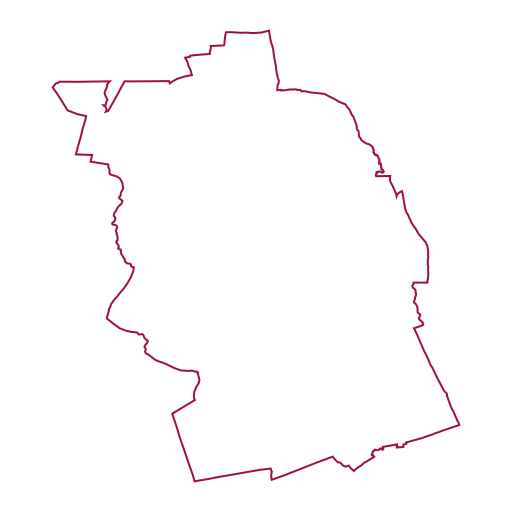 Scornicesti, Olt, Romania (Equal Earth projection)
{"feature_id": "2599482B90884905800424", "entity_name": "Scornicesti", "entity_type": "district", "adm_level": 2, "iso_a3": "ROU", "parent_name": "Romania", "parent_adm1": "Olt", "projection": "equal_earth", "projection_center": [24.55, 44.575], "detail": "fine", "context": "isolated", "style": "outline", "palette": "rose", "viewbox_px": 512, "rotation_deg": 0, "n_neighbors": 0, "source": "geoboundaries", "source_scale": "gbopen_adm2", "svg_char_len": 6011}
<svg xmlns="http://www.w3.org/2000/svg" viewBox="0 0 512 512"><path d="M271.7,479.8L284.9,475.1L317.6,462.2L332.8,456.6L334.0,458.5L337.8,462.3L339.6,462.3L341.4,463.7L343.1,465.6L345.4,466.7L348.3,465.6L348.9,465.6L350.9,468.5L353.2,470.2L353.8,471.0L358.1,467.3L361.3,465.5L362.1,464.5L362.8,464.1L364.0,462.8L365.5,462.2L374.2,456.8L373.3,455.4L372.0,455.3L371.8,454.9L371.8,454.4L372.6,453.0L372.5,452.7L372.5,452.0L373.4,450.9L374.4,450.5L374.7,449.8L375.2,449.6L376.0,450.0L377.6,450.2L378.7,450.0L379.4,449.5L379.7,448.8L380.1,448.4L381.0,448.6L381.8,449.5L382.7,449.6L383.3,449.3L383.4,449.0L382.7,447.8L382.7,447.3L382.9,446.9L396.9,444.4L396.7,446.0L397.2,446.0L396.8,447.5L403.4,447.0L403.4,444.5L406.3,443.8L406.0,442.5L421.9,438.1L428.0,435.9L432.7,434.4L434.8,433.4L438.5,432.2L443.5,430.3L459.3,425.0L458.5,422.7L457.5,421.0L453.3,411.2L452.1,409.3L450.5,405.7L447.7,397.7L447.0,396.2L446.9,395.3L447.1,394.7L447.1,394.1L446.1,392.7L444.8,391.7L443.9,390.5L437.4,378.2L432.3,367.6L430.2,364.3L428.7,360.4L426.2,354.9L424.0,350.8L417.0,334.4L414.0,328.2L421.2,325.9L423.0,325.0L423.3,324.7L422.7,323.1L422.8,322.9L422.7,322.3L422.0,321.8L420.9,320.6L420.0,320.3L418.7,318.4L418.9,317.9L419.3,317.7L419.3,317.0L420.1,315.8L420.0,315.4L420.3,314.9L419.8,314.2L417.6,312.5L417.5,307.5L416.0,304.2L414.0,302.4L414.0,302.0L414.2,300.8L415.1,298.6L414.9,297.7L415.9,295.7L416.1,293.5L415.6,292.5L415.6,290.3L415.1,289.5L413.0,287.6L412.4,286.6L412.3,285.6L412.5,285.2L413.5,284.1L413.5,282.6L427.3,282.6L427.5,280.3L428.0,278.9L428.3,272.9L428.1,269.6L428.2,266.9L427.8,264.6L428.0,264.2L427.8,263.7L427.9,263.0L427.7,261.9L428.2,257.2L428.1,255.1L428.2,251.5L427.4,246.3L425.6,242.3L418.2,233.4L416.5,230.2L414.5,227.0L414.2,227.1L411.2,222.2L408.0,214.8L406.3,212.2L405.9,210.5L405.2,208.9L402.5,193.2L402.0,191.1L399.5,192.4L398.0,193.6L397.1,195.0L396.6,196.3L396.1,193.5L394.8,191.0L392.7,186.0L390.2,181.4L389.9,178.0L390.3,176.0L376.2,176.2L376.2,175.9L375.9,175.4L376.2,175.3L376.1,174.2L376.3,173.6L376.9,173.1L376.4,172.9L376.6,172.0L377.5,172.0L378.6,171.5L380.1,171.5L381.9,172.7L382.3,172.1L383.4,172.3L383.8,171.4L383.0,170.8L382.8,170.9L382.6,170.5L382.7,169.9L382.0,169.8L381.7,169.5L381.8,169.2L381.3,168.8L381.5,167.8L381.1,167.2L381.2,166.7L380.7,165.5L381.1,164.7L380.6,163.3L379.2,163.7L378.9,162.4L379.4,161.5L379.2,161.2L379.6,161.0L379.6,160.2L379.4,159.5L378.4,157.9L378.3,157.1L378.1,157.0L377.9,156.0L377.4,155.9L377.4,155.5L376.6,155.2L376.4,154.8L375.7,155.2L374.5,154.1L374.5,153.7L374.0,153.5L374.1,152.7L373.3,152.1L373.4,151.1L373.8,150.7L373.8,150.1L373.5,149.4L373.0,148.9L373.1,147.9L372.1,146.5L369.5,144.4L365.9,143.3L364.2,142.3L363.6,141.6L361.8,140.6L361.1,139.6L359.9,137.5L359.1,136.6L358.9,135.7L358.9,134.7L358.7,132.2L358.2,130.6L357.0,129.3L356.8,128.8L356.8,126.2L354.9,120.6L352.9,115.8L351.9,115.0L349.5,109.8L347.2,107.0L345.6,104.4L339.1,101.8L333.8,98.6L329.5,96.6L324.5,93.9L311.1,92.5L304.0,91.1L301.5,91.4L301.0,90.5L300.4,89.9L299.5,89.8L297.5,90.1L296.6,89.4L289.8,89.5L281.7,90.6L281.4,90.6L281.3,89.8L277.3,90.2L277.6,84.9L278.5,83.4L278.9,80.8L277.5,76.6L277.3,74.8L277.0,74.6L276.8,73.6L276.1,68.7L275.8,65.5L274.2,57.5L273.2,49.6L272.0,44.8L271.2,43.0L269.9,36.5L269.0,30.7L261.6,32.5L253.3,33.1L245.4,32.6L241.3,32.8L231.6,32.2L226.0,32.2L225.0,37.1L224.4,43.8L224.1,45.0L223.7,45.4L210.7,46.0L210.9,47.8L209.9,52.0L209.7,54.0L202.1,54.5L190.3,55.6L190.1,55.9L190.1,56.7L185.1,57.7L187.5,62.0L188.7,66.5L189.9,68.5L190.9,71.2L191.2,73.2L191.6,73.7L191.9,75.1L185.3,76.3L177.8,78.6L175.5,79.7L172.4,81.5L169.8,83.4L169.1,81.1L130.5,81.4L124.6,81.3L120.8,88.2L118.1,93.4L108.5,110.5L108.1,111.0L105.8,111.7L106.5,110.5L106.5,109.5L105.8,107.1L104.8,106.2L103.9,105.8L103.4,105.2L105.4,105.3L106.0,103.9L106.2,102.3L107.4,99.7L105.6,96.2L104.6,93.1L105.5,90.0L106.2,89.1L106.7,87.2L107.2,86.5L107.0,85.2L107.7,83.6L109.8,81.3L76.7,81.8L59.3,81.7L58.6,82.4L57.4,83.2L56.4,83.2L55.6,83.6L52.7,87.5L57.9,94.8L67.6,110.4L77.9,114.3L86.1,116.1L85.7,118.6L83.4,126.6L83.2,126.9L80.6,137.4L78.0,146.3L75.9,154.4L92.1,155.0L90.6,161.7L108.0,164.4L108.3,164.6L108.3,167.1L109.6,170.1L109.4,172.4L109.8,173.7L110.3,174.5L116.9,176.5L119.1,177.9L120.1,178.8L122.3,182.7L123.2,187.9L122.5,189.9L120.9,192.6L120.5,195.8L119.3,196.8L119.2,198.2L122.5,200.8L121.5,203.7L118.3,206.6L116.7,209.2L115.9,211.2L114.5,212.7L113.7,214.8L113.8,215.8L114.9,217.1L115.4,218.1L115.2,219.3L114.4,221.4L112.5,222.7L112.1,223.6L112.5,224.4L113.8,224.8L114.4,224.7L115.4,225.1L116.4,225.6L117.0,226.4L117.2,227.5L116.1,229.9L115.9,231.0L116.2,232.0L116.7,232.9L116.7,234.7L117.3,235.3L117.2,236.3L117.6,237.6L117.6,238.2L117.4,240.4L117.3,240.8L116.5,241.1L116.3,242.5L118.0,244.7L118.9,246.4L118.1,248.5L119.1,249.2L120.7,249.5L120.9,250.3L120.9,252.2L121.3,254.1L123.2,256.8L123.6,257.9L124.9,259.5L124.9,260.0L124.7,260.7L125.0,261.5L127.0,263.3L130.5,263.9L130.9,264.5L131.0,265.9L131.2,266.4L133.7,267.2L133.9,267.6L133.6,268.6L133.3,271.1L131.2,276.6L127.1,283.8L123.6,288.7L118.9,294.2L117.2,296.5L114.1,299.9L111.0,304.3L110.4,306.6L109.1,308.7L109.0,310.2L106.9,317.7L107.0,318.6L112.8,323.2L119.6,328.2L126.0,330.7L131.6,331.9L137.1,332.5L137.6,332.9L138.1,333.9L138.7,334.4L139.7,334.5L142.1,334.1L142.9,334.5L143.5,335.2L144.3,337.6L145.6,339.1L147.9,341.0L148.0,341.3L146.9,343.2L145.3,345.1L144.6,346.2L144.5,346.7L144.6,347.2L145.4,347.8L145.7,348.7L145.7,349.5L145.1,351.5L145.6,353.1L148.4,354.6L155.1,359.8L158.8,361.4L165.0,363.5L173.7,367.8L180.7,370.4L181.6,370.6L183.1,370.5L188.0,370.9L191.4,370.7L193.0,370.9L195.3,371.7L196.8,371.5L197.9,372.5L197.4,372.9L198.0,374.0L198.7,376.8L199.4,380.2L199.4,380.8L198.6,382.4L198.8,382.9L198.3,383.8L196.2,387.2L194.6,391.0L194.1,392.9L193.9,395.9L194.1,398.6L194.9,400.0L172.2,413.7L176.5,426.4L179.5,436.5L190.8,469.4L192.5,474.1L194.6,481.3L208.9,478.9L215.8,477.5L260.1,469.8L270.7,468.6L271.2,470.5L271.9,471.7L271.2,474.6L271.4,478.9L271.7,479.8Z" fill="none" stroke="#9f1239" stroke-width="2"/></svg>